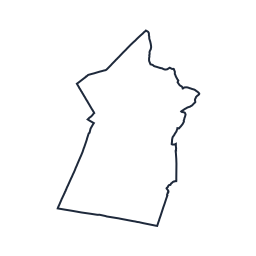 Nong Chok, Bangkok Metropolis, Thailand, rotated 198°
{"feature_id": "78962969B63126335713570", "entity_name": "Nong Chok", "entity_type": "district", "adm_level": 2, "iso_a3": "THA", "parent_name": "Thailand", "parent_adm1": "Bangkok Metropolis", "projection": "robinson", "projection_center": [100.852, 13.842], "detail": "fine", "context": "isolated", "style": "outline", "palette": "slate", "viewbox_px": 256, "rotation_deg": 198, "n_neighbors": 0, "source": "geoboundaries", "source_scale": "gbopen_adm2", "svg_char_len": 5629}
<svg xmlns="http://www.w3.org/2000/svg" viewBox="0 0 256 256"><g transform="rotate(198 128 128)"><path d="M170.0,29.8L162.5,30.9L155.4,32.0L146.0,33.3L136.9,34.9L130.2,36.0L128.3,36.7L122.4,37.3L120.8,37.3L108.8,39.2L107.7,39.3L106.2,39.5L105.2,39.6L102.2,40.0L98.9,40.4L98.2,40.5L94.3,41.0L92.5,41.3L90.1,41.5L88.7,41.8L88.0,41.9L87.7,41.9L84.2,42.2L71.3,43.7L70.0,43.9L70.0,47.1L70.0,48.0L69.9,50.1L70.0,50.6L69.9,54.4L69.9,55.8L69.9,60.6L69.9,63.7L69.8,66.8L69.8,70.0L69.8,71.1L69.8,72.2L69.7,76.0L70.1,76.2L70.2,76.3L70.2,77.8L70.2,79.5L69.8,79.4L69.8,79.7L69.9,80.1L70.1,80.5L70.7,81.1L71.3,81.5L71.7,81.8L72.5,82.3L72.7,82.5L72.6,83.1L72.1,83.8L72.0,84.0L71.9,84.1L71.8,85.4L71.7,85.6L71.6,85.9L71.3,86.4L71.1,86.6L70.9,86.7L70.6,86.8L70.3,86.9L70.1,87.0L69.9,88.3L69.9,88.5L69.4,89.1L68.6,90.6L67.9,91.3L67.2,91.5L66.9,91.7L66.7,92.1L66.4,92.2L66.1,92.3L65.7,92.4L65.9,93.3L66.4,94.7L70.9,109.0L72.6,113.7L74.9,119.4L75.1,119.7L75.4,120.4L75.4,120.5L75.6,121.1L75.3,121.3L75.7,122.1L75.8,123.1L76.0,123.5L76.3,124.3L76.8,125.3L77.6,127.7L78.5,126.8L79.0,126.5L80.7,126.0L81.0,126.0L81.5,126.2L81.9,128.4L82.5,130.7L82.6,131.8L82.7,132.8L82.7,133.1L82.6,133.5L82.3,134.3L82.1,135.0L81.8,135.9L81.7,136.9L81.0,139.3L80.9,139.6L80.9,140.1L80.9,140.8L80.8,142.1L80.8,142.3L81.0,143.1L80.5,143.3L79.5,143.3L79.3,143.4L79.2,143.6L79.1,144.2L78.9,144.6L78.4,145.6L78.0,146.6L77.8,147.2L77.4,148.2L77.3,148.5L76.8,151.3L76.9,151.6L77.3,152.3L77.3,152.5L77.2,153.3L77.3,154.4L77.4,154.8L77.3,155.8L77.3,156.9L77.4,158.4L77.5,158.6L77.5,158.8L78.3,159.7L78.7,160.1L79.0,160.2L80.5,160.1L81.6,159.9L82.2,160.0L82.5,160.2L82.2,160.6L81.8,161.2L81.1,162.0L79.9,163.6L78.9,164.6L77.8,165.9L77.5,166.1L76.3,167.0L75.9,167.2L75.8,167.3L75.5,167.6L75.1,168.2L74.6,168.6L74.3,168.9L73.9,169.6L73.5,170.4L72.9,171.7L72.2,172.9L72.1,173.1L72.0,173.4L72.4,174.3L72.8,175.0L73.0,175.3L73.1,175.9L73.1,176.2L72.9,177.3L72.9,177.8L72.9,178.4L72.7,178.8L72.4,179.4L72.2,179.9L71.5,180.8L71.3,181.1L70.8,182.1L70.8,182.3L70.8,182.6L70.9,182.8L71.0,182.9L71.4,183.1L72.5,183.7L73.0,183.9L75.1,184.5L75.6,184.8L75.9,184.8L76.7,185.0L77.3,185.0L79.5,184.9L80.7,185.0L81.8,184.9L82.5,185.0L83.3,185.0L84.4,184.9L85.4,184.6L86.7,184.1L87.0,183.9L87.6,183.1L87.8,182.7L88.2,182.5L88.5,183.0L88.7,183.4L89.1,183.7L89.8,184.1L90.7,184.3L91.3,184.4L92.3,184.8L93.9,186.0L94.9,186.8L95.0,186.9L94.9,187.4L94.9,188.3L94.8,188.6L95.0,188.8L95.5,189.2L95.8,189.3L96.1,189.6L97.0,190.5L97.4,190.8L97.9,191.3L98.6,192.0L98.9,192.5L99.6,193.3L99.9,193.6L100.2,193.9L100.6,195.3L100.9,196.1L101.3,196.6L101.9,197.2L102.1,197.6L102.3,197.8L102.4,198.0L102.6,198.2L102.8,198.3L103.1,198.3L103.6,198.0L104.7,197.8L105.1,197.9L105.7,198.0L106.7,198.2L107.0,198.2L107.9,197.1L108.8,196.0L110.1,195.3L110.7,195.1L111.2,195.0L112.1,195.0L112.6,195.0L114.0,195.3L114.7,195.2L115.9,195.0L116.0,195.1L116.9,195.0L118.9,195.0L119.5,195.0L122.0,194.9L122.6,195.0L123.0,195.2L123.5,195.4L124.0,195.6L125.1,195.6L126.2,195.5L126.3,195.7L126.8,196.1L127.2,196.6L127.4,196.9L127.8,197.3L128.6,198.3L128.8,198.7L129.4,200.5L129.6,201.3L129.6,201.9L129.6,202.2L129.9,203.1L130.3,203.8L130.3,204.1L130.2,204.3L130.3,204.7L130.3,204.9L130.3,205.1L130.6,205.9L130.8,206.3L131.0,206.9L131.0,207.5L131.0,208.1L130.9,208.8L130.8,209.4L130.7,209.8L130.8,210.8L130.9,211.2L130.9,211.4L130.9,211.6L131.0,212.1L131.4,213.1L132.4,215.1L133.1,216.2L133.2,216.5L134.8,218.8L135.3,219.4L136.2,221.8L136.3,221.9L136.4,222.0L136.7,222.4L136.8,222.7L137.1,223.8L137.3,224.2L137.7,224.9L138.0,225.2L138.3,225.4L138.5,225.6L139.1,225.8L140.0,226.0L140.5,226.0L141.1,226.2L141.7,225.0L142.2,224.4L142.8,223.2L143.3,222.1L143.6,221.7L145.2,219.0L145.3,218.7L145.7,218.1L147.2,215.3L148.2,213.2L148.8,212.3L149.1,211.7L149.7,210.7L149.9,210.3L150.6,209.0L150.7,208.8L150.9,208.5L152.6,205.1L153.2,203.9L153.5,203.3L154.2,201.7L154.7,200.8L155.2,199.8L155.8,198.7L156.8,196.6L156.9,196.4L157.1,196.0L157.3,195.5L157.6,195.0L158.0,194.1L158.5,193.0L159.2,191.7L159.5,191.1L159.9,190.2L160.7,188.8L160.8,188.4L163.0,184.0L163.6,182.6L164.9,180.0L165.6,178.6L165.9,178.0L166.6,176.7L167.1,176.2L167.3,176.0L168.7,175.2L171.1,173.6L171.8,173.2L172.4,172.8L175.6,170.6L177.0,169.6L178.1,168.9L178.9,168.4L181.8,166.5L182.4,166.0L182.6,165.7L182.9,165.0L183.2,164.6L183.9,163.5L184.0,163.6L184.5,162.7L189.0,156.1L190.3,154.3L188.6,152.8L187.9,152.2L187.1,151.5L186.8,151.1L185.4,150.0L183.7,148.4L182.8,147.8L182.1,147.0L181.5,146.6L181.3,146.4L181.2,146.3L180.8,145.9L180.4,145.6L179.8,145.1L179.5,144.7L178.9,144.3L178.5,144.0L177.4,142.9L175.2,141.0L174.9,140.9L174.3,140.2L171.4,137.7L171.2,137.4L170.5,136.9L170.0,136.4L167.6,134.3L167.1,134.0L166.2,133.1L165.8,132.8L165.3,132.4L164.8,131.8L164.9,131.7L165.1,131.4L165.2,131.0L165.3,130.6L165.5,130.2L165.8,129.3L166.4,128.0L166.8,127.3L167.1,126.9L168.0,125.7L168.3,125.0L168.9,123.9L169.0,123.7L166.7,123.1L162.0,122.1L162.4,120.7L163.3,116.4L163.4,115.7L163.1,111.6L163.2,111.4L163.6,110.9L163.7,110.7L163.7,108.1L163.7,107.1L163.7,105.4L163.7,105.1L163.6,104.5L163.6,103.6L163.6,103.4L163.6,102.2L163.7,95.9L163.8,95.1L163.8,92.7L163.8,91.3L164.1,87.4L164.2,86.4L164.3,85.6L165.0,78.1L165.1,76.4L165.4,74.0L165.5,71.6L165.8,68.6L166.0,67.4L166.3,64.2L166.5,63.0L166.9,59.3L167.1,57.4L167.1,57.0L167.3,56.0L167.3,55.2L167.4,54.5L167.6,53.4L167.8,51.2L167.8,50.3L167.9,50.1L168.0,49.9L167.9,49.1L168.0,48.7L168.0,48.3L168.2,47.8L168.2,47.4L168.2,47.2L168.2,46.5L168.3,46.4L168.4,45.5L168.5,44.3L168.6,43.7L168.7,43.1L168.9,41.2L169.1,40.1L169.2,38.4L169.5,35.5L169.5,35.1L170.0,30.8L170.0,29.8Z" fill="none" stroke="#1e293b" stroke-width="2"/></g></svg>